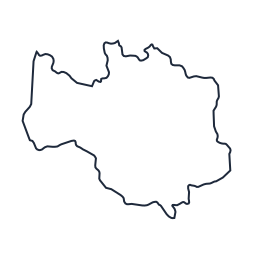 an SVG outline of Telšiai, rotated 275°
{"feature_id": "LTU-936", "entity_name": "Telšiai", "entity_type": "County", "adm_level": 1, "iso_a3": "LTU", "parent_name": "Lithuania", "parent_adm1": "", "projection": "mercator", "projection_center": [22.175, 56.01], "detail": "fine", "context": "isolated", "style": "outline", "palette": "slate", "viewbox_px": 256, "rotation_deg": 275, "n_neighbors": 0, "source": "natural_earth", "source_scale": "10m", "svg_char_len": 3142}
<svg xmlns="http://www.w3.org/2000/svg" viewBox="0 0 256 256"><g transform="rotate(275 128 128)"><path d="M125.9,22.4L132.4,22.9L135.2,24.3L140.5,28.3L143.4,29.5L186.3,28.1L195.6,30.2L196.0,30.4L194.1,32.2L193.0,32.9L192.3,34.1L192.7,35.8L193.6,37.3L194.5,39.3L194.4,41.6L193.7,43.9L192.5,46.1L190.4,47.6L188.4,48.1L186.4,48.0L182.5,46.8L180.8,46.8L179.0,47.9L178.0,50.5L176.8,52.2L176.3,53.7L176.6,54.6L178.1,56.8L178.2,59.0L177.3,61.8L175.0,65.2L172.6,67.3L168.5,73.3L166.5,88.5L171.8,90.2L172.6,91.1L173.1,92.2L171.7,94.8L171.5,96.6L172.3,97.1L173.5,97.0L174.6,97.1L175.2,98.3L175.4,100.1L176.1,102.2L177.9,103.5L179.9,104.2L181.9,104.2L188.2,101.1L193.7,101.9L196.2,101.5L198.2,100.6L199.3,99.3L200.8,98.3L205.2,97.0L208.3,96.6L210.3,97.1L211.3,98.3L211.3,99.7L210.8,101.6L210.5,103.7L210.9,105.8L211.5,107.5L213.9,110.4L211.5,111.6L209.7,112.0L209.4,112.3L208.8,113.7L208.2,114.2L207.6,114.6L200.8,116.1L199.4,117.5L199.2,119.6L200.4,123.8L200.5,127.1L200.5,129.2L199.9,130.5L199.2,131.5L197.1,133.1L196.3,134.1L196.3,135.3L196.9,137.3L198.9,140.0L200.2,141.5L202.1,141.8L203.6,141.3L204.8,140.3L205.4,139.0L206.0,137.9L207.1,137.6L208.2,138.5L209.9,141.2L211.1,142.5L212.6,143.4L213.3,144.2L213.2,145.0L211.3,146.0L209.5,147.3L210.0,150.2L205.8,155.3L203.7,161.6L202.3,163.6L200.1,164.6L198.1,164.9L195.8,165.5L194.7,167.0L194.5,169.1L194.9,173.9L194.2,176.4L192.8,177.8L190.7,179.4L188.9,180.1L187.0,180.7L185.4,181.4L183.5,183.2L183.3,184.8L185.1,189.1L185.6,191.5L185.1,194.8L184.7,197.3L184.5,199.6L184.7,201.6L185.5,205.8L185.4,207.8L184.2,209.3L182.9,209.9L178.4,214.0L167.4,215.8L165.7,215.5L163.9,214.6L162.3,214.1L158.8,214.3L157.0,213.9L152.7,211.7L149.1,212.1L137.2,213.6L132.2,215.8L129.7,217.6L127.8,218.1L126.0,218.0L124.1,217.5L123.0,217.7L122.4,218.2L121.8,219.3L121.2,220.7L120.8,222.6L120.7,224.1L120.8,225.6L120.7,226.8L119.9,227.9L116.4,231.5L114.8,232.1L112.9,231.9L111.0,231.2L94.6,233.6L86.9,226.8L82.6,220.5L82.2,218.8L81.6,217.7L80.5,215.9L79.8,214.4L79.2,210.7L78.8,209.5L78.3,208.2L75.5,203.2L75.3,201.7L75.9,200.3L76.2,199.0L76.3,197.5L76.4,196.1L76.8,194.7L76.4,193.8L75.3,193.0L73.0,193.2L69.6,194.4L62.7,194.6L60.9,195.1L59.2,195.4L58.1,195.0L57.5,193.4L57.8,192.2L58.6,191.0L59.1,190.0L58.9,188.9L58.2,187.8L57.1,186.4L55.4,183.7L55.3,182.2L55.4,180.5L55.2,179.2L54.4,178.9L51.6,181.4L49.8,182.2L48.5,182.6L42.4,182.0L42.1,180.4L42.2,179.0L42.7,177.9L43.5,176.3L45.5,174.0L53.2,167.7L53.9,166.8L54.3,165.5L56.4,163.7L57.0,162.4L56.6,160.5L56.1,159.1L53.4,155.0L52.7,153.5L52.2,151.2L52.1,148.8L52.7,138.3L52.4,136.6L52.1,135.0L52.0,133.6L52.6,132.0L54.4,130.6L57.7,129.8L59.1,128.6L60.5,126.6L65.6,116.7L66.5,111.3L73.4,104.7L75.0,103.8L80.6,103.6L82.1,103.1L83.3,102.1L84.7,100.1L85.9,99.0L87.9,98.6L95.0,98.7L96.6,97.6L97.7,96.6L101.2,89.0L102.9,84.7L103.6,83.6L104.5,81.8L105.4,79.0L106.4,77.9L107.7,77.3L109.2,77.1L110.4,76.5L110.8,75.3L110.2,72.8L106.0,63.1L105.2,61.7L103.5,59.4L103.0,57.4L102.7,54.7L102.7,49.3L101.7,47.1L100.4,45.5L99.3,44.5L98.5,42.9L98.2,41.4L98.7,39.5L99.7,38.2L104.9,35.5L106.8,33.9L107.3,31.3L109.9,30.0L125.9,22.4Z" fill="none" stroke="#1e293b" stroke-width="2"/></g></svg>